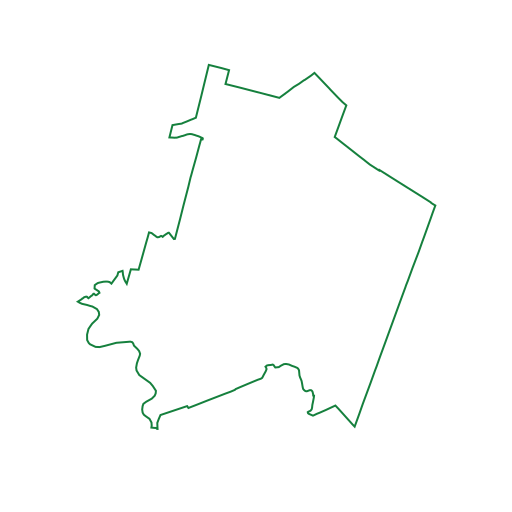 the district of Vulturu, Vrancea, Romania, rotated 194°
{"feature_id": "2599482B3824966858584", "entity_name": "Vulturu", "entity_type": "district", "adm_level": 2, "iso_a3": "ROU", "parent_name": "Romania", "parent_adm1": "Vrancea", "projection": "albers", "projection_center": [27.441, 45.598], "detail": "fine", "context": "isolated", "style": "outline", "palette": "green", "viewbox_px": 512, "rotation_deg": 194, "n_neighbors": 0, "source": "geoboundaries", "source_scale": "gbopen_adm2", "svg_char_len": 4890}
<svg xmlns="http://www.w3.org/2000/svg" viewBox="0 0 512 512"><g transform="rotate(194 256 256)"><path d="M337.4,430.0L339.8,430.0L348.0,430.0L347.9,411.5L347.8,397.2L347.8,387.9L347.8,378.7L347.8,375.6L348.1,375.4L348.4,375.2L350.2,373.8L350.9,373.3L352.1,372.5L354.6,370.6L355.8,369.7L357.9,368.2L359.3,367.2L359.7,366.8L360.0,366.6L360.5,366.3L361.3,366.0L362.6,365.5L363.5,365.1L365.1,364.4L368.7,362.8L368.7,350.1L367.6,350.3L366.7,350.5L365.7,350.7L363.9,351.0L363.2,351.2L362.0,351.5L360.9,352.0L359.5,352.9L358.1,353.7L357.4,354.2L355.9,354.9L355.0,355.5L354.3,355.9L353.5,356.5L352.1,357.4L350.9,357.9L349.6,358.4L348.5,358.6L347.2,358.7L346.1,358.6L344.8,358.6L343.1,358.4L341.1,358.3L339.6,358.1L338.7,357.9L337.3,357.6L336.9,357.6L336.3,357.4L336.1,357.3L336.0,356.2L336.6,355.9L337.2,356.0L337.5,356.0L337.6,355.1L337.6,352.9L337.7,349.6L337.9,336.9L338.3,323.6L338.4,318.5L338.5,316.7L338.5,315.5L338.4,306.7L338.6,287.7L338.6,274.1L338.6,273.4L338.7,264.1L338.8,253.0L339.8,252.6L346.1,257.5L346.6,257.4L347.0,257.1L347.6,256.4L348.5,255.5L349.7,254.1L350.4,253.3L350.8,252.6L351.2,252.0L351.7,252.2L352.3,252.5L352.8,252.5L353.0,252.5L353.4,252.1L353.7,251.9L354.2,251.3L354.4,251.1L355.4,250.6L356.3,250.3L357.6,250.7L358.3,251.1L360.2,251.8L362.6,252.9L363.1,253.0L365.5,253.0L365.6,247.7L365.8,242.4L366.3,224.2L366.6,214.3L374.2,212.8L374.7,197.8L375.3,198.4L376.2,199.2L377.3,200.4L377.9,201.2L378.5,202.0L378.9,202.7L379.2,203.2L379.9,204.5L380.4,205.4L380.7,206.2L381.0,207.0L381.5,208.4L381.9,209.3L385.7,206.9L385.8,203.5L386.1,202.8L388.2,197.7L389.6,194.2L391.2,195.0L391.7,195.3L391.9,195.3L392.1,195.2L393.0,195.3L393.7,195.2L394.5,195.1L395.3,194.9L397.9,194.1L399.5,193.3L401.3,192.4L402.1,192.0L402.7,191.6L403.2,191.3L404.0,190.3L404.7,189.6L405.4,188.7L404.8,185.4L404.7,185.3L403.3,184.8L402.3,184.5L401.4,184.1L401.0,184.0L400.6,183.9L399.9,183.6L399.7,183.4L399.0,182.4L399.5,181.9L400.7,180.2L401.1,179.8L401.5,179.4L401.8,179.3L402.1,179.2L402.3,179.3L403.0,179.6L403.8,180.0L404.1,180.2L404.4,180.1L404.6,180.0L404.7,179.8L405.5,178.1L406.4,177.2L407.3,175.9L408.4,174.5L408.8,174.7L409.5,175.0L410.0,175.5L410.5,175.6L411.2,175.4L411.8,175.0L412.3,174.7L412.7,174.5L413.7,173.1L414.2,172.8L414.7,171.9L415.1,171.5L417.8,168.6L417.1,168.4L415.9,168.0L413.2,167.5L408.9,167.6L407.8,167.6L404.7,167.4L402.5,167.4L397.5,166.0L395.0,163.7L393.9,160.9L394.8,156.8L398.6,150.8L399.4,148.8L400.9,144.7L400.9,140.8L400.9,138.9L399.9,135.1L399.5,133.6L397.2,131.1L396.5,130.7L395.7,130.2L389.7,129.0L385.7,129.8L381.0,132.2L370.5,138.0L361.3,141.1L357.2,142.5L355.2,142.4L354.0,141.4L352.7,139.5L348.7,137.2L346.4,135.5L344.8,133.1L344.7,131.2L345.3,126.5L345.6,123.1L345.3,118.7L344.2,116.0L340.4,112.2L328.0,107.3L324.7,104.9L320.5,101.0L320.1,98.4L320.5,95.9L322.6,92.4L327.3,88.0L329.5,85.3L329.7,82.9L329.3,79.5L328.1,76.6L326.5,74.9L324.3,73.9L319.9,72.2L317.1,69.1L316.2,66.3L316.0,64.2L312.5,64.7L311.3,65.0L311.1,64.9L310.5,64.4L310.1,64.3L309.7,64.4L310.2,66.0L311.4,70.2L310.9,74.4L310.2,78.6L286.5,93.7L284.8,92.2L277.0,97.7L268.2,104.0L252.4,115.1L247.8,118.2L244.1,121.0L243.6,121.9L240.1,124.6L232.9,130.0L226.3,134.9L224.1,136.5L221.6,138.1L220.5,139.3L219.7,142.7L218.7,146.4L218.4,148.6L218.7,149.5L220.0,150.9L218.9,152.4L217.5,153.1L215.1,153.9L213.5,154.7L212.4,154.3L211.1,153.1L210.3,152.5L207.0,153.7L205.4,155.5L202.8,157.8L200.8,158.5L197.8,158.7L194.5,158.1L191.8,157.9L188.9,157.4L187.9,156.9L186.6,155.5L185.7,152.9L184.9,150.6L183.8,148.8L182.4,147.0L181.5,145.7L180.3,143.1L179.7,141.7L178.8,139.7L178.0,138.3L176.8,137.5L175.5,136.9L174.5,136.9L173.7,137.2L173.1,137.6L172.0,138.4L171.2,138.9L170.1,139.1L169.3,138.8L168.5,138.2L168.0,137.4L167.1,135.6L166.7,134.4L165.9,134.5L165.7,133.2L165.6,131.8L165.4,128.2L165.3,125.2L164.9,122.3L164.9,120.7L165.6,119.2L166.3,118.5L167.5,117.6L168.0,117.0L167.5,116.1L166.8,115.7L165.2,115.4L162.1,114.9L161.3,115.5L158.5,117.8L156.5,119.2L151.2,123.3L142.8,130.1L139.0,127.7L121.7,116.0L119.0,114.3L118.3,120.9L117.6,127.6L116.6,138.4L114.2,160.0L112.8,173.8L112.3,177.9L111.4,187.3L111.2,189.2L109.9,201.2L104.4,253.4L103.5,261.6L103.3,264.0L102.6,269.2L102.6,269.4L101.8,276.9L101.3,281.7L101.2,282.6L100.0,292.5L99.5,296.5L99.1,299.9L98.0,311.2L97.9,311.6L97.8,312.9L97.6,314.6L95.5,335.6L95.1,340.1L95.0,341.1L94.2,348.4L96.6,349.1L98.9,349.9L99.3,350.3L104.9,352.2L135.8,362.3L146.4,365.8L157.0,369.3L157.0,368.7L157.5,368.8L167.7,372.3L172.8,374.6L174.0,375.2L179.6,377.6L179.8,377.7L181.6,378.5L200.1,386.8L205.8,389.4L208.4,390.5L207.3,400.8L206.3,410.4L206.0,413.2L204.8,424.0L209.4,426.3L215.5,430.0L224.7,435.8L224.9,436.0L230.6,439.6L236.6,443.4L243.6,447.8L246.1,444.5L251.5,438.4L252.0,438.1L255.9,433.5L258.9,430.5L260.2,429.2L264.8,423.3L271.6,415.1L312.6,415.5L327.2,415.5L327.1,429.8L335.2,430.0L337.4,430.0Z" fill="none" stroke="#15803d" stroke-width="2"/></g></svg>